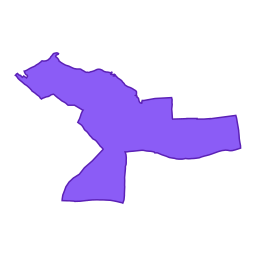 Manokwari Selatan, Papua Barat, Indonesia, rotated 270°
{"feature_id": "22746128B90822416479405", "entity_name": "Manokwari Selatan", "entity_type": "district", "adm_level": 2, "iso_a3": "IDN", "parent_name": "Indonesia", "parent_adm1": "Papua Barat", "projection": "robinson", "projection_center": [134.051, -1.607], "detail": "fine", "context": "isolated", "style": "filled", "palette": "violet", "viewbox_px": 256, "rotation_deg": 270, "n_neighbors": 0, "source": "geoboundaries", "source_scale": "gbopen_adm2", "svg_char_len": 5353}
<svg xmlns="http://www.w3.org/2000/svg" viewBox="0 0 256 256"><g transform="rotate(270 128 128)"><path d="M182.5,17.5L182.4,17.4L182.2,16.8L181.6,16.1L181.0,15.9L180.7,15.4L179.9,16.4L179.2,16.9L178.6,17.4L177.6,18.0L176.5,19.1L175.3,20.5L174.1,22.0L173.3,22.9L172.7,23.6L171.7,24.7L171.0,25.9L170.0,27.3L167.9,29.6L167.3,30.2L167.2,30.3L166.9,30.5L166.2,31.2L166.1,31.3L165.1,31.9L163.0,34.9L162.5,35.5L161.0,37.3L160.1,38.6L159.4,39.4L157.7,40.5L157.1,41.4L157.0,41.5L157.7,42.5L158.1,43.6L158.3,44.2L158.6,44.9L159.1,46.1L159.5,48.3L160.2,49.7L161.2,51.1L161.6,52.6L161.8,53.5L161.7,53.7L161.6,53.8L161.1,54.5L160.3,55.3L159.3,56.5L158.7,57.2L158.2,57.8L157.1,59.4L155.2,61.7L153.7,64.5L152.8,65.9L151.9,66.8L150.9,67.9L150.8,68.2L150.8,68.4L150.8,72.4L150.8,73.5L150.8,74.5L150.6,74.8L147.3,80.4L145.8,82.8L145.8,83.0L143.8,81.9L141.9,81.1L139.3,80.3L137.1,79.5L135.0,78.4L133.6,77.8L133.1,78.6L132.5,79.2L132.1,80.0L131.6,80.6L130.8,81.7L128.8,83.1L127.6,83.8L126.8,84.2L125.7,85.1L124.4,86.8L122.5,88.4L120.9,89.5L120.3,90.0L119.1,91.2L117.3,92.7L116.6,93.9L116.1,94.8L115.6,95.6L114.0,97.1L113.7,97.3L112.7,98.1L111.2,99.3L110.1,100.0L108.5,101.7L107.5,102.7L107.0,103.0L107.3,103.3L106.5,103.0L96.6,93.7L95.3,92.5L89.7,86.1L88.2,84.4L84.0,81.1L81.8,79.4L78.0,73.4L74.0,69.1L70.4,66.7L69.2,65.9L65.3,64.5L60.9,62.8L57.0,62.2L55.4,62.1L55.2,67.8L55.2,69.9L55.1,70.5L54.9,74.0L54.6,74.6L54.8,80.2L55.2,83.7L55.5,86.4L55.6,87.7L55.7,88.1L56.1,92.9L56.1,93.3L56.1,93.9L56.2,97.0L56.1,99.7L56.1,101.8L56.1,102.8L55.7,110.5L55.1,113.9L54.7,115.8L54.5,116.8L53.8,119.7L53.2,122.2L52.9,122.8L54.2,123.3L56.2,124.0L60.4,124.4L62.1,124.4L69.2,124.7L70.7,124.6L71.3,124.6L75.3,124.7L78.6,124.6L87.0,125.4L88.0,125.4L89.5,125.4L91.7,126.1L93.2,126.2L94.1,126.2L95.4,126.2L98.3,126.3L99.2,126.2L101.3,126.0L104.1,125.1L104.1,126.7L104.5,129.1L104.9,133.9L105.3,137.7L105.7,141.5L105.7,143.2L105.0,146.7L104.9,148.1L104.8,149.1L104.7,150.9L104.1,154.0L103.1,154.8L103.2,157.3L101.6,161.0L101.2,162.0L99.8,166.2L98.5,169.3L97.9,172.8L97.7,174.4L97.1,176.5L96.9,178.7L96.9,182.2L97.1,183.6L97.5,185.4L97.2,188.3L97.3,190.5L97.4,191.2L97.5,193.4L97.6,194.7L97.9,197.0L98.1,198.5L98.2,199.2L99.2,201.8L99.6,203.3L99.9,204.2L100.4,206.3L101.2,209.3L102.3,212.5L103.5,215.8L104.5,218.6L105.4,221.9L105.8,225.0L105.9,225.6L105.7,227.8L105.3,230.0L105.4,232.3L106.2,235.4L107.0,237.9L107.9,240.6L110.4,240.5L113.9,239.8L117.2,239.3L121.6,239.0L124.6,238.7L125.3,238.7L128.9,238.1L134.0,237.2L136.5,236.8L138.1,236.5L140.6,235.8L137.2,210.1L137.4,210.1L137.2,207.7L136.9,203.6L136.9,197.1L137.5,197.1L137.5,187.1L137.4,187.1L137.2,182.7L136.9,172.6L137.4,172.4L139.1,172.3L143.7,172.0L146.8,171.7L149.4,172.0L151.7,172.2L153.1,172.0L156.4,172.1L158.4,171.6L157.5,155.0L155.4,143.3L155.6,143.0L155.5,142.7L155.5,142.2L154.8,142.1L154.1,141.8L153.7,141.7L153.1,141.9L152.8,141.3L152.9,141.2L153.0,140.5L153.4,140.0L154.2,139.4L154.9,139.1L155.9,138.8L156.7,138.7L157.2,138.6L157.7,138.4L158.3,137.9L158.7,137.1L159.2,137.1L160.1,136.9L160.3,136.3L160.5,135.6L160.9,136.1L161.6,136.5L162.0,136.5L163.3,136.5L164.1,136.5L164.7,136.2L165.1,135.9L165.7,135.1L166.6,133.5L167.1,132.9L167.4,132.3L167.8,131.6L168.3,130.6L168.6,129.8L168.9,129.0L169.2,128.0L169.8,126.9L170.2,126.2L170.8,125.4L171.2,124.8L171.6,124.5L172.2,124.3L172.9,123.7L173.3,123.3L174.0,122.6L174.6,122.2L175.4,121.6L175.8,121.1L176.4,120.2L176.9,119.6L177.2,119.0L177.7,118.3L178.4,117.4L179.0,116.9L179.7,116.4L180.1,115.8L180.1,114.8L180.1,114.1L180.6,114.6L181.2,115.1L181.5,114.7L181.8,114.1L181.4,113.6L181.3,113.0L181.4,112.1L181.5,111.4L181.7,110.8L182.2,110.8L182.6,111.3L183.0,111.9L183.7,111.9L183.8,111.4L183.4,111.0L183.0,110.7L183.2,110.1L183.5,109.6L183.7,108.8L183.8,108.2L183.9,107.6L183.9,107.4L183.9,106.9L184.0,106.3L184.1,105.6L184.3,105.0L184.7,103.8L185.0,103.3L185.5,102.7L185.9,102.1L186.2,101.4L186.7,100.0L186.7,99.4L186.8,98.8L186.7,97.7L186.4,96.6L185.7,95.2L185.3,94.4L185.0,93.6L184.5,92.0L184.3,91.1L184.1,90.3L183.6,89.2L183.6,88.5L183.8,87.3L183.7,86.4L183.9,85.6L184.1,85.2L184.7,84.3L185.1,83.6L185.5,82.8L185.9,82.1L186.3,81.6L186.7,80.9L187.0,80.0L187.0,79.8L187.0,79.1L187.0,78.5L187.0,77.6L187.0,76.8L187.1,76.1L187.3,75.0L187.4,74.3L187.7,73.5L188.1,72.5L188.6,71.5L189.0,70.6L189.4,69.8L189.8,69.0L190.2,67.8L190.7,66.1L190.8,65.7L191.0,65.3L192.1,63.3L192.7,62.3L193.3,61.4L193.8,60.5L194.5,59.8L195.2,59.0L195.2,58.9L195.9,58.8L196.7,58.3L197.5,57.8L198.0,57.3L198.5,56.7L199.4,55.7L200.7,56.0L201.1,56.7L201.4,57.4L201.7,58.2L202.4,58.5L203.0,57.6L203.1,56.8L203.1,56.2L202.8,54.8L202.5,53.7L202.2,53.3L201.7,52.9L200.2,51.8L199.3,50.9L198.1,50.2L197.4,49.6L197.3,49.4L195.8,47.7L195.7,47.2L195.2,46.2L195.0,44.7L194.9,43.8L195.1,42.5L195.1,41.9L194.7,41.3L194.3,41.1L193.9,40.6L193.2,39.6L192.4,38.7L191.9,37.8L191.4,37.0L191.0,36.2L190.5,35.7L189.9,34.8L189.2,33.4L188.8,32.3L188.5,31.7L187.5,29.7L185.9,27.0L185.5,26.1L185.0,25.0L184.9,24.2L183.6,24.6L182.5,25.2L181.7,25.7L181.1,26.5L180.8,27.0L180.5,27.8L180.5,27.7L179.7,27.5L179.5,27.4L178.3,26.7L178.1,26.6L178.6,25.7L179.1,24.9L180.0,23.7L179.8,23.5L179.4,23.2L179.1,22.9L178.9,22.5L178.7,22.3L178.9,22.1L179.4,21.6L179.6,21.3L179.9,21.0L180.3,20.9L180.6,20.6L180.7,20.1L180.8,19.6L181.0,19.1L181.5,18.5L181.8,18.2L182.2,17.8L182.5,17.5Z" fill="#8b5cf6" stroke="#5b21b6" stroke-width="1.5"/></g></svg>